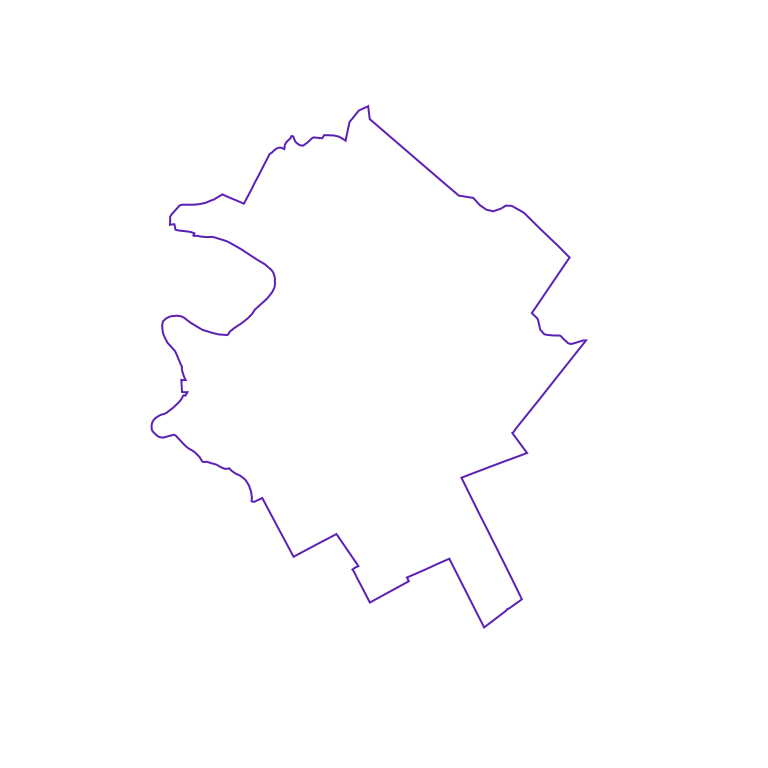 Biliesti, Vrancea, Romania (Mercator projection), rotated 330°
{"feature_id": "2599482B7055323115880", "entity_name": "Biliesti", "entity_type": "district", "adm_level": 2, "iso_a3": "ROU", "parent_name": "Romania", "parent_adm1": "Vrancea", "projection": "mercator", "projection_center": [27.326, 45.715], "detail": "fine", "context": "isolated", "style": "outline", "palette": "violet", "viewbox_px": 768, "rotation_deg": 330, "n_neighbors": 0, "source": "geoboundaries", "source_scale": "gbopen_adm2", "svg_char_len": 4582}
<svg xmlns="http://www.w3.org/2000/svg" viewBox="0 0 768 768"><g transform="rotate(330 384 384)"><path d="M509.2,135.5L498.9,134.6L488.8,138.5L485.1,139.9L472.4,154.0L470.3,150.0L468.4,147.0L464.7,143.6L459.4,140.3L456.7,138.6L453.4,140.2L451.0,138.7L449.3,137.4L447.3,135.9L446.1,135.2L444.7,135.1L443.2,135.4L441.3,136.0L439.2,136.4L437.8,136.7L436.0,136.8L433.3,137.2L431.0,135.6L429.9,134.0L428.8,131.5L428.4,129.7L428.7,127.0L429.2,124.6L428.8,123.5L427.5,123.1L427.0,123.7L425.9,124.4L424.1,124.8L422.2,125.2L419.8,126.0L417.5,127.5L416.2,129.5L415.1,130.7L414.3,129.6L413.3,128.1L411.8,127.1L410.6,126.6L409.4,126.5L407.5,126.5L406.5,126.6L405.8,126.7L404.3,127.1L402.9,127.5L402.4,127.6L401.5,127.6L399.7,127.7L396.5,129.9L389.1,134.6L378.3,141.6L372.6,145.1L367.0,148.9L352.8,157.8L347.5,150.6L345.7,148.4L340.3,141.1L338.9,139.0L337.9,139.1L336.0,139.0L334.4,139.1L333.2,139.1L330.5,139.1L329.3,139.2L328.4,139.1L326.0,138.6L322.7,138.2L320.3,137.9L318.0,137.2L314.0,135.9L311.0,134.6L306.9,132.5L304.8,131.3L303.2,130.3L301.3,129.3L299.9,128.3L298.9,127.9L297.7,127.5L296.5,127.3L296.3,127.2L285.2,130.8L282.5,132.1L281.5,133.8L280.7,135.4L279.7,136.8L278.6,138.5L278.2,139.1L279.3,139.5L282.1,140.6L282.3,141.0L281.9,142.3L280.6,146.0L281.0,146.7L284.2,149.4L287.1,151.4L290.5,154.0L293.0,156.1L295.1,158.7L293.2,160.0L293.4,160.7L295.1,161.5L296.9,162.8L298.2,164.0L300.7,165.9L302.3,167.0L303.9,168.2L308.8,170.7L311.3,173.1L315.0,177.1L319.2,181.7L322.0,186.1L327.6,195.7L336.0,212.4L340.5,220.4L343.5,228.8L343.8,232.1L343.3,234.8L342.3,238.3L341.0,240.1L339.7,242.8L337.8,245.2L336.6,246.2L333.7,248.2L331.1,249.4L327.9,250.6L325.8,251.5L317.4,253.3L309.4,255.0L306.5,256.5L305.4,257.1L303.8,257.7L301.0,258.4L299.0,259.0L290.8,260.2L288.0,260.4L286.1,260.3L284.6,260.6L282.5,260.7L281.1,260.8L280.1,261.1L278.5,261.3L277.4,261.3L276.2,261.7L274.4,263.0L272.7,263.2L270.9,262.0L265.6,258.4L260.4,253.4L258.0,250.8L254.2,246.8L252.8,244.5L250.5,240.4L246.8,233.6L244.1,226.8L242.2,224.0L238.8,221.3L234.2,219.2L231.6,218.4L227.9,218.3L223.8,219.3L221.0,222.6L219.6,225.5L218.0,229.6L217.4,234.3L217.1,240.0L218.8,247.6L219.5,251.1L219.1,255.4L217.8,265.2L217.7,267.8L216.1,270.5L215.4,273.4L214.5,277.6L214.2,280.7L214.2,281.4L212.7,280.7L210.6,279.1L209.7,280.8L205.1,289.9L207.4,291.5L209.6,292.8L206.2,294.8L205.2,293.8L204.0,293.8L202.2,295.1L200.0,296.2L196.6,297.4L192.9,298.3L189.6,299.1L185.9,299.6L180.8,300.2L178.3,299.9L175.8,299.2L173.5,299.0L170.3,299.1L167.4,299.6L165.8,300.4L163.9,301.6L162.3,303.3L161.1,305.2L160.2,307.2L160.0,309.0L160.4,311.2L161.7,315.4L162.5,317.1L163.4,318.0L164.7,319.2L166.8,320.3L170.1,321.1L176.3,322.8L177.1,323.4L177.6,324.1L178.0,325.2L180.8,337.3L181.5,339.5L182.2,341.4L183.2,343.0L183.9,344.5L184.7,345.6L186.0,348.5L186.6,350.6L187.1,352.3L187.8,355.6L187.8,357.5L187.9,360.3L188.8,361.4L191.1,362.4L192.6,363.7L194.4,365.8L196.1,367.5L197.7,369.1L198.8,370.4L200.4,373.2L202.4,376.3L204.4,378.4L208.0,379.8L208.1,381.3L208.4,382.1L208.9,383.6L210.1,386.2L210.8,387.5L212.1,389.3L213.1,390.7L213.7,391.6L214.6,393.9L215.2,395.1L215.5,396.0L216.0,397.6L216.1,398.8L216.2,400.0L216.3,405.0L215.8,406.6L215.6,407.8L215.1,410.8L213.6,414.3L212.8,416.4L212.2,417.3L211.0,418.7L210.8,419.4L211.1,420.0L212.8,421.2L214.5,421.3L221.6,421.9L221.4,426.3L220.5,451.8L219.3,488.4L228.8,488.7L249.2,489.4L267.8,490.2L270.8,528.9L266.2,528.6L263.9,528.9L264.1,530.3L264.1,533.0L263.7,537.9L263.3,548.8L262.5,566.2L306.9,567.2L307.1,563.5L307.1,563.0L309.3,563.3L317.6,564.3L324.4,565.0L325.5,565.2L340.8,566.6L341.5,566.7L343.2,566.9L347.0,567.3L348.8,567.5L352.2,567.9L353.2,568.0L349.0,644.9L356.5,643.9L370.8,642.1L374.5,641.6L376.3,641.3L377.3,641.0L377.8,640.7L378.4,640.6L379.0,640.6L379.5,640.8L380.2,640.9L381.5,640.8L384.6,640.5L389.5,640.0L392.3,639.8L394.0,639.6L395.8,639.3L397.8,609.8L399.3,584.8L400.8,559.7L401.5,545.9L404.2,503.9L413.3,505.3L431.2,508.2L448.4,511.0L460.9,513.2L473.4,515.3L470.6,490.6L472.2,490.4L475.6,488.7L513.1,474.1L542.0,462.6L580.7,447.3L578.7,446.0L573.5,444.8L568.3,443.6L565.8,442.8L563.9,440.8L561.9,434.5L561.7,433.6L561.3,431.6L560.7,430.3L559.5,429.3L557.6,428.2L554.8,426.6L550.5,423.5L547.7,421.1L547.1,418.2L546.5,414.9L549.6,405.0L549.4,403.7L549.2,402.4L548.3,399.5L547.5,396.5L608.0,367.2L605.9,359.5L603.9,351.7L601.0,342.0L596.6,326.8L592.7,312.5L590.7,305.5L587.2,299.5L583.7,293.6L578.8,290.5L572.7,290.6L564.9,289.0L559.8,284.2L556.4,277.0L554.4,267.5L543.0,258.3L535.6,237.5L504.1,147.5L506.6,141.5L509.2,135.5Z" fill="none" stroke="#5b21b6" stroke-width="2"/></g></svg>